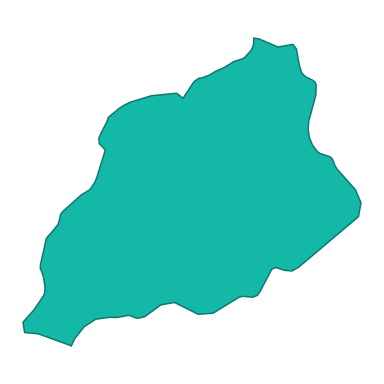 the border of Khost
{"feature_id": "AFG-1758", "entity_name": "Khost", "entity_type": "Province", "adm_level": 1, "iso_a3": "AFG", "parent_name": "Afghanistan", "parent_adm1": "", "projection": "mercator", "projection_center": [69.796, 33.377], "detail": "fine", "context": "isolated", "style": "filled", "palette": "teal", "viewbox_px": 384, "rotation_deg": 0, "n_neighbors": 0, "source": "natural_earth", "source_scale": "10m", "svg_char_len": 1328}
<svg xmlns="http://www.w3.org/2000/svg" viewBox="0 0 384 384"><path d="M253.7,38.1L259.0,38.9L278.0,47.0L292.9,44.4L296.4,48.9L299.4,65.6L301.5,72.2L303.0,74.4L306.2,77.1L312.0,79.9L314.8,81.8L316.1,84.6L315.9,94.8L308.7,121.5L308.1,129.5L309.4,137.6L312.5,145.1L317.4,151.6L320.1,153.5L329.9,156.7L332.4,158.9L335.0,165.7L336.8,168.8L355.4,189.7L361.0,202.8L358.5,216.6L298.8,267.1L291.9,271.0L284.3,270.3L275.9,267.5L271.8,269.2L260.0,291.6L257.3,295.3L253.0,297.2L242.8,296.3L239.3,297.1L213.0,313.2L198.2,314.3L174.6,302.5L161.0,304.8L144.5,316.8L138.0,318.3L134.9,317.7L131.9,316.3L128.5,315.3L117.1,317.5L109.9,317.3L95.7,319.2L84.0,326.9L74.7,338.7L71.3,345.9L71.2,345.8L38.1,333.8L24.6,332.5L23.0,322.2L33.6,310.3L43.9,295.2L44.9,291.8L45.0,287.3L43.6,277.5L42.2,273.0L40.9,269.8L40.3,268.8L40.5,264.1L44.3,247.9L46.0,239.3L47.2,237.3L52.0,231.9L58.1,224.4L59.6,219.2L60.5,214.6L62.4,211.8L81.4,194.8L89.5,189.9L91.7,187.1L95.1,181.8L97.0,176.9L105.3,150.0L99.3,143.6L98.9,138.4L100.9,133.4L106.6,122.4L108.4,117.3L119.3,108.3L124.7,104.9L129.9,102.3L151.6,95.7L175.8,93.3L176.8,93.4L177.3,93.7L183.1,98.2L193.7,82.1L195.6,80.5L198.8,78.3L201.6,78.0L209.9,74.9L215.7,71.2L223.9,67.7L234.0,61.5L242.7,58.7L245.1,57.1L250.9,50.6L252.6,47.3L253.6,44.3L253.7,38.1Z" fill="#14b8a6" stroke="#0f766e" stroke-width="1.5"/></svg>